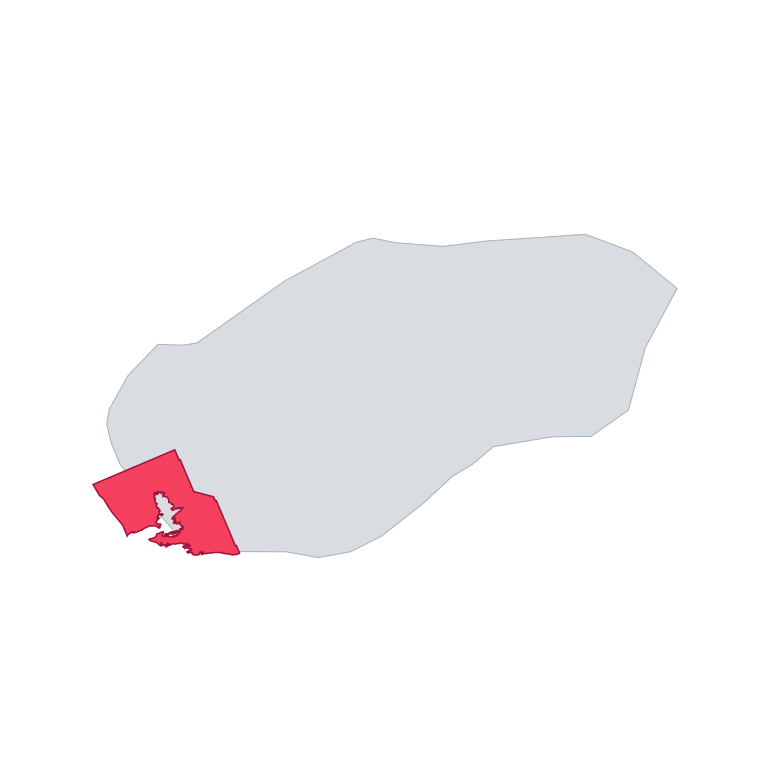 98, Ar Rayyān, Qatar shown in context, rotated 67°
{"feature_id": "91078587B41884610793448", "entity_name": "98", "entity_type": "district", "adm_level": 2, "iso_a3": "QAT", "parent_name": "Qatar", "parent_adm1": "Ar Rayyān", "projection": "mercator", "projection_center": [51.33, 24.623], "detail": "fine", "context": "in_parent", "style": "filled", "palette": "rose", "viewbox_px": 768, "rotation_deg": 67, "n_neighbors": 0, "source": "geoboundaries", "source_scale": "gbopen_adm2", "svg_char_len": 6568}
<svg xmlns="http://www.w3.org/2000/svg" viewBox="0 0 768 768"><g transform="rotate(67 384 384)"><path d="M412.5,642.8L382.8,650.2L354.8,658.3L331.4,658.1L312.7,654.9L300.2,647.2L276.2,616.4L259.2,576.5L269.6,554.2L273.2,540.3L250.3,434.9L242.7,353.8L245.5,337.1L258.6,317.9L280.5,275.6L292.1,234.7L324.9,140.1L359.6,103.6L410.6,76.9L452.6,129.2L503.5,169.2L513.1,213.8L498.2,250.1L484.4,307.8L492.6,334.3L495.7,357.2L509.6,395.8L523.0,445.7L525.3,480.4L518.0,512.5L500.3,539.5L465.4,620.6L455.0,629.0L412.5,642.8Z" fill="#d9dde1" stroke="#a8b0b8" stroke-width="1"/><path d="M362.8,691.1L375.3,689.5L380.3,687.0L388.5,685.9L396.8,684.2L411.8,679.7L423.6,679.8L422.7,678.7L421.7,674.5L421.7,673.8L422.1,673.9L422.1,672.9L422.1,673.5L422.7,673.3L422.7,672.8L422.2,672.7L422.3,672.5L422.8,672.6L422.9,672.0L423.4,672.1L423.3,670.9L423.8,669.0L423.5,668.0L423.7,667.0L423.5,664.8L424.0,664.3L423.5,663.2L423.4,661.3L423.0,660.3L423.3,658.6L423.0,656.0L424.7,651.0L426.0,649.3L428.5,647.6L428.8,647.1L428.7,645.6L428.6,647.1L428.2,647.7L427.8,647.7L427.4,646.9L426.9,646.9L427.4,646.4L427.0,645.0L426.4,644.4L425.8,644.4L425.4,644.6L424.7,646.3L423.9,647.3L422.7,647.6L422.5,648.1L421.7,647.3L421.0,645.8L420.6,645.7L419.9,643.7L419.7,644.6L419.4,644.7L419.2,645.3L418.6,643.9L418.3,644.1L418.2,645.4L417.3,643.4L417.1,643.7L416.7,643.4L416.6,642.7L416.8,641.0L417.3,640.8L417.4,639.9L418.1,640.0L418.6,640.4L417.7,638.4L417.2,638.6L416.4,639.7L415.8,642.1L415.3,641.5L414.7,641.4L413.9,640.8L413.5,640.9L413.5,640.1L413.4,639.5L412.4,639.9L409.8,640.2L409.1,641.3L408.2,641.3L408.1,641.6L406.7,640.9L406.7,640.4L405.3,640.2L405.3,639.9L405.1,640.0L405.2,640.3L404.1,640.3L403.8,641.0L402.4,640.5L401.9,640.7L401.4,640.4L401.5,640.1L401.1,640.0L401.1,640.3L400.6,639.4L400.3,639.4L400.1,639.5L400.4,640.2L399.7,640.5L399.5,640.0L398.9,639.9L398.6,639.3L398.0,639.4L397.7,638.8L397.1,638.6L396.8,637.7L396.5,638.0L395.6,637.9L395.4,638.0L395.8,638.4L395.8,638.6L395.2,638.6L395.2,638.0L394.5,638.1L395.2,635.9L395.9,635.8L396.0,636.2L396.3,636.3L396.7,635.7L396.2,635.3L397.0,635.1L396.9,634.8L395.8,635.2L395.7,634.8L395.3,635.0L394.9,635.9L394.7,635.6L394.8,634.6L395.2,634.4L395.2,633.6L396.0,633.3L395.9,632.6L396.9,632.3L397.1,631.7L397.4,631.8L397.2,631.1L396.7,630.9L396.9,629.8L398.0,629.9L398.3,628.9L398.8,628.5L399.3,629.3L399.3,630.8L400.1,631.1L400.1,630.8L401.0,631.3L400.7,629.9L401.1,630.4L402.3,629.8L402.5,630.0L402.2,629.0L402.6,628.9L402.9,628.0L403.6,627.7L405.1,627.6L405.7,627.3L407.3,627.6L408.1,628.1L409.0,628.4L409.4,628.0L409.8,627.0L411.0,626.2L411.8,626.5L411.9,625.8L412.4,625.4L415.1,625.2L415.6,626.1L415.2,627.4L415.3,628.3L415.5,628.4L415.6,628.1L416.8,628.6L417.4,627.6L417.6,627.7L417.6,625.1L417.3,624.2L417.5,622.3L418.2,624.1L417.6,621.4L418.1,621.3L418.2,621.6L418.5,621.5L418.5,620.9L418.6,620.4L418.0,620.6L418.0,619.8L418.5,619.4L419.2,619.4L419.2,619.0L419.6,618.8L419.3,617.8L420.1,618.3L420.9,620.8L421.2,620.9L421.3,622.5L422.2,624.9L422.4,626.6L423.5,627.8L423.3,628.9L424.2,630.7L424.6,630.5L424.8,631.2L425.2,631.3L425.2,632.5L425.3,631.5L425.7,631.4L425.8,630.8L425.3,629.4L426.2,630.0L426.7,628.9L427.1,629.4L427.5,629.4L427.5,630.4L428.4,631.3L428.5,630.7L428.1,629.9L428.2,629.2L428.4,629.2L428.7,629.5L428.9,630.5L430.0,631.9L430.2,630.7L430.4,631.0L430.6,630.9L430.2,629.7L430.8,629.8L431.2,629.5L431.2,629.3L431.6,629.3L431.5,628.7L432.2,628.4L431.3,626.6L431.4,626.0L432.4,627.2L432.5,626.8L432.7,627.0L432.9,626.7L432.7,626.7L432.7,626.3L434.6,626.3L435.4,625.8L435.8,625.9L435.9,625.2L437.3,625.8L437.5,624.6L438.6,625.5L438.8,626.2L438.7,626.8L437.9,626.9L437.5,628.2L437.9,628.7L438.7,627.9L438.9,628.4L439.4,628.3L439.5,628.8L439.3,629.4L439.4,629.5L439.1,630.0L440.3,630.1L440.3,630.4L440.7,630.4L440.7,630.0L441.1,629.8L442.0,631.2L442.2,632.4L441.8,633.1L442.0,633.8L442.4,633.6L442.4,634.7L442.0,635.6L441.8,635.7L441.7,636.6L442.3,636.1L442.0,636.9L442.4,636.6L442.5,638.3L442.5,638.6L442.1,638.6L442.1,639.2L441.7,639.6L441.1,639.9L441.0,640.6L440.3,641.1L440.3,642.1L439.5,642.4L439.1,643.9L437.6,644.4L437.6,643.2L438.2,642.1L438.1,641.7L438.5,641.8L438.5,640.7L438.2,640.0L437.5,640.4L437.0,642.9L436.7,643.2L436.8,644.2L437.2,645.0L437.5,645.1L437.8,644.7L438.8,644.7L438.5,645.7L438.1,645.8L438.0,646.4L437.4,647.1L436.1,647.0L434.8,645.0L433.9,644.9L433.9,645.6L433.4,645.9L433.6,647.7L433.5,648.0L433.3,648.0L433.5,649.1L433.3,651.7L435.1,653.4L435.8,654.9L435.2,659.4L434.9,660.3L434.5,660.6L435.0,660.4L435.2,659.9L435.4,661.2L435.7,661.1L437.3,659.9L440.5,655.9L441.8,654.9L445.9,652.7L445.4,651.7L444.6,651.5L444.4,652.5L443.3,651.0L444.0,651.1L444.3,650.7L445.3,651.0L445.3,650.6L446.1,650.6L446.0,649.7L446.3,649.1L447.0,649.1L447.0,648.4L447.5,647.9L448.9,648.3L448.8,647.3L448.0,647.3L447.6,646.8L446.8,646.7L446.9,647.6L446.7,647.5L446.5,646.4L446.8,646.6L447.4,646.1L447.9,646.5L448.3,646.4L448.2,645.8L447.4,644.9L446.9,644.8L447.8,644.5L447.7,644.8L448.0,644.9L448.0,644.3L448.7,644.7L448.6,640.8L449.9,638.3L450.0,637.1L450.8,635.2L450.8,633.0L451.7,632.2L452.2,632.1L452.3,631.4L453.0,631.0L452.9,630.0L454.7,629.4L454.9,628.5L454.0,627.7L454.6,627.7L454.9,626.8L456.3,626.8L456.2,626.2L455.4,625.7L456.5,626.1L457.1,626.1L457.2,625.8L457.5,625.9L457.2,627.5L457.0,627.8L456.8,627.5L456.5,627.7L456.5,628.7L456.1,629.5L455.5,629.7L454.9,630.5L455.0,632.6L457.7,631.7L457.2,630.3L457.7,629.6L457.8,629.0L458.5,628.8L458.9,628.3L459.9,626.2L460.7,626.2L461.0,625.7L461.4,625.6L461.4,626.5L460.9,626.5L461.1,628.1L461.5,627.3L461.8,627.5L461.8,628.0L461.2,628.5L461.3,629.5L461.8,628.7L461.9,629.2L462.4,629.2L462.7,629.7L462.1,629.6L461.9,631.0L462.3,630.9L462.7,630.5L463.8,627.0L464.6,626.4L465.3,626.5L465.1,626.9L465.8,626.9L467.6,625.1L468.4,622.2L468.6,622.2L468.8,620.9L467.2,619.6L466.9,618.9L468.0,619.1L468.0,618.0L467.5,616.3L468.3,616.0L468.8,616.5L469.7,616.3L469.3,618.2L469.6,618.5L470.0,615.3L470.6,614.1L471.4,610.5L472.2,609.0L472.9,605.5L475.7,599.6L476.5,598.6L476.8,598.6L480.2,592.9L482.0,590.5L483.2,586.2L483.4,586.2L483.3,583.0L474.9,583.0L474.9,584.0L426.0,583.9L426.0,584.8L421.2,585.0L408.6,601.2L374.0,601.2L374.0,602.3L362.8,602.3L362.8,691.1ZM440.0,631.1L439.3,630.4L438.8,631.3L438.0,631.6L438.2,632.2L438.0,632.4L437.9,632.8L437.9,635.1L437.7,635.1L437.0,637.9L437.1,639.9L437.6,640.0L437.6,639.1L438.1,637.0L438.6,637.1L438.6,637.8L439.0,638.2L439.4,638.1L439.5,636.9L439.0,636.4L438.8,634.9L438.3,634.0L438.8,634.1L439.6,635.9L440.0,636.0L440.1,635.3L439.8,632.8L440.3,632.9L440.0,631.1Z" fill="#f43f5e" stroke="#9f1239" stroke-width="1.5"/></g></svg>